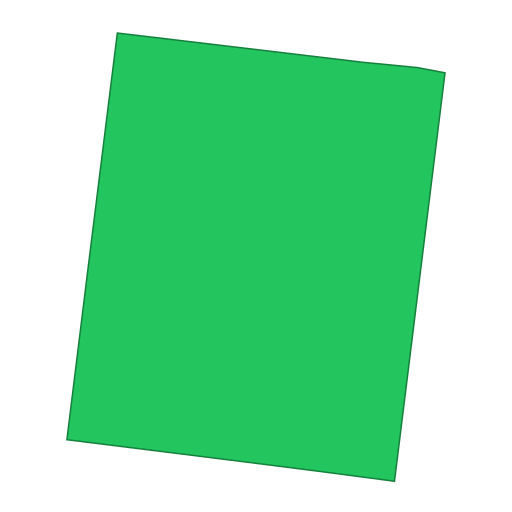 Ottawa, Kansas, United States of America (Mercator projection), rotated 97°
{"feature_id": "52423323B84405668975661", "entity_name": "Ottawa", "entity_type": "district", "adm_level": 2, "iso_a3": "USA", "parent_name": "United States of America", "parent_adm1": "Kansas", "projection": "mercator", "projection_center": [-97.672, 39.132], "detail": "fine", "context": "isolated", "style": "filled", "palette": "green", "viewbox_px": 512, "rotation_deg": 97, "n_neighbors": 0, "source": "geoboundaries", "source_scale": "gbopen_adm2", "svg_char_len": 283}
<svg xmlns="http://www.w3.org/2000/svg" viewBox="0 0 512 512"><g transform="rotate(97 256 256)"><path d="M51.6,420.8L298.2,421.2L461.4,421.3L461.7,256.4L462.0,173.8L462.7,91.1L51.2,90.7L49.3,118.6L50.7,173.5L51.6,420.8Z" fill="#22c55e" stroke="#15803d" stroke-width="1.5"/></g></svg>